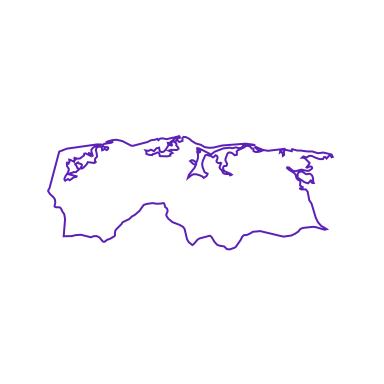 the Province of Ogooué-Maritime, rotated 121°
{"feature_id": "GAB-2624", "entity_name": "Ogooué-Maritime", "entity_type": "Province", "adm_level": 1, "iso_a3": "GAB", "parent_name": "Gabon", "parent_adm1": "", "projection": "albers", "projection_center": [9.53, -1.509], "detail": "fine", "context": "isolated", "style": "outline", "palette": "violet", "viewbox_px": 384, "rotation_deg": 121, "n_neighbors": 0, "source": "natural_earth", "source_scale": "10m", "svg_char_len": 6106}
<svg xmlns="http://www.w3.org/2000/svg" viewBox="0 0 384 384"><g transform="rotate(121 192 192)"><path d="M225.8,326.6L219.4,321.7L200.1,297.9L197.7,293.7L199.7,295.2L202.8,298.5L205.2,299.7L207.7,300.0L209.2,299.0L212.6,295.2L211.5,299.1L211.8,300.4L212.9,300.0L213.4,299.0L213.7,303.0L214.6,304.1L216.3,303.4L221.0,305.3L222.7,307.8L223.1,310.2L223.8,310.2L224.4,308.6L226.0,309.4L226.2,308.8L226.8,308.6L227.1,312.6L227.5,313.9L229.1,312.6L231.2,312.4L230.9,313.9L231.3,314.3L233.4,313.1L234.3,312.2L235.7,309.4L237.3,308.8L239.7,308.4L243.2,308.6L246.0,308.3L247.0,307.8L247.6,306.5L244.7,304.9L244.9,302.9L240.2,300.8L238.7,299.0L238.0,299.0L240.2,306.5L238.7,306.2L237.3,304.6L235.9,303.7L234.7,301.7L230.9,300.5L230.5,300.7L230.5,302.6L229.1,304.5L228.3,306.5L225.3,304.9L225.8,303.8L225.1,301.5L225.3,300.5L226.3,299.9L228.7,299.9L229.1,299.0L227.8,297.9L225.0,297.0L222.0,296.5L220.1,296.7L217.5,290.8L216.3,290.0L215.8,290.0L215.6,291.1L213.4,292.2L210.6,291.6L208.0,293.6L205.6,296.0L203.0,296.7L201.0,295.1L200.3,293.8L200.0,292.5L202.5,290.5L201.6,289.8L200.0,289.2L200.0,286.7L199.3,286.3L198.4,286.1L197.2,286.6L197.0,287.3L198.4,289.9L198.7,291.5L197.7,292.9L196.0,292.1L191.5,286.7L189.6,285.4L194.0,291.5L191.5,289.8L188.6,287.0L186.2,283.8L184.2,277.9L183.6,268.0L182.8,266.4L172.0,255.8L169.1,254.1L165.8,250.2L164.2,249.0L164.9,247.5L162.6,246.8L161.2,244.9L159.7,240.8L155.2,236.3L154.5,235.2L152.9,234.1L151.9,232.6L150.7,232.0L151.0,231.0L151.8,230.3L152.2,230.7L153.1,232.7L155.0,234.2L157.5,235.0L159.7,234.8L158.9,235.6L160.3,236.2L161.1,235.6L162.0,233.3L162.6,233.3L163.4,235.6L162.3,236.1L162.1,236.6L162.0,237.4L162.3,238.0L163.6,236.7L163.4,236.3L169.0,236.3L172.0,237.0L173.6,238.8L173.3,241.1L170.9,243.0L172.9,245.0L176.5,245.6L176.9,249.0L179.1,250.4L180.3,253.2L180.9,251.8L182.8,250.8L182.5,248.9L181.8,246.7L180.9,245.2L179.9,245.3L178.7,243.9L176.0,242.0L175.4,240.8L176.7,238.9L177.7,238.2L177.5,237.4L174.0,231.3L172.0,229.3L170.9,230.3L168.6,228.8L168.2,230.9L168.6,233.3L166.6,231.6L163.8,226.6L161.9,225.8L161.2,226.5L160.1,229.6L159.0,229.9L158.4,230.8L158.2,233.3L156.6,232.0L154.5,231.7L155.7,229.6L155.5,228.4L153.0,226.5L150.6,228.1L149.0,227.5L148.1,225.4L147.8,222.1L148.4,218.1L148.4,213.6L147.0,208.7L147.0,204.2L145.1,199.7L142.7,196.3L136.6,190.1L123.0,171.0L119.9,164.0L119.4,161.8L120.8,164.7L121.9,167.9L123.3,169.8L125.4,172.2L127.1,172.0L128.8,172.7L130.1,174.0L131.2,177.4L133.8,180.1L134.4,182.2L138.5,187.6L145.9,193.4L150.0,194.9L151.0,208.4L151.7,210.1L153.0,209.5L153.3,208.4L152.3,206.9L152.6,206.1L153.6,205.7L154.4,206.1L155.2,208.0L156.8,206.1L159.4,204.6L162.3,203.7L164.9,203.5L164.3,205.2L164.2,207.0L164.8,208.6L166.4,209.5L167.2,205.8L167.1,204.0L166.4,202.7L169.8,202.3L178.8,203.5L182.1,202.7L177.6,201.0L175.9,199.7L174.6,197.5L173.6,193.5L173.4,191.1L173.9,189.3L170.9,187.8L169.0,187.8L168.2,188.1L168.6,190.4L168.5,191.5L164.9,196.1L162.4,197.9L159.5,198.8L153.8,199.5L153.0,199.0L152.4,198.2L152.2,196.5L151.5,194.9L151.5,191.9L151.0,191.4L148.4,190.8L148.2,189.1L149.1,187.9L150.7,187.3L152.6,187.1L153.5,186.4L153.7,185.0L153.3,183.4L152.2,182.6L152.2,181.9L156.7,181.1L157.5,180.0L158.0,177.9L159.8,174.8L159.4,172.9L157.4,169.1L158.1,167.9L157.7,167.5L156.7,166.9L156.6,169.0L157.4,174.7L157.1,175.9L156.3,177.0L155.2,177.8L154.1,178.1L153.1,177.8L152.2,176.3L151.5,175.9L149.7,176.5L147.7,179.6L146.6,180.3L141.4,181.3L139.6,181.1L138.4,179.6L138.0,177.3L138.5,174.3L137.1,172.8L134.9,173.9L134.2,174.6L132.8,174.3L127.4,170.6L124.4,169.2L123.5,167.4L123.2,165.2L124.0,163.2L123.2,161.8L125.3,160.2L124.8,157.7L122.9,155.1L120.9,153.5L122.2,156.8L121.2,160.7L120.5,160.6L119.4,152.8L117.5,148.0L106.7,134.1L109.5,136.8L111.1,137.6L112.7,137.0L111.2,136.4L112.7,133.7L114.2,132.7L112.9,132.1L109.7,134.3L107.8,133.8L105.6,127.5L104.5,128.2L103.7,128.2L102.2,123.0L100.5,120.2L97.7,113.7L95.3,109.7L93.9,104.0L90.5,99.7L88.0,91.7L89.4,89.4L90.3,90.2L89.3,92.3L90.5,93.2L94.0,93.9L93.4,95.6L94.0,96.8L96.3,96.7L98.0,99.4L98.9,103.1L99.4,107.7L100.0,109.3L101.1,110.5L102.6,111.0L103.4,111.8L104.2,114.9L106.0,115.4L105.0,113.6L105.1,111.8L106.6,106.1L108.0,106.0L111.8,106.5L111.8,105.8L109.7,104.4L108.9,103.3L108.9,102.0L109.7,101.3L110.8,101.4L113.4,102.6L114.5,104.1L115.3,106.0L116.5,109.8L120.4,113.5L121.7,115.4L121.7,117.6L121.0,121.5L121.7,123.0L122.4,123.0L122.9,121.0L123.1,114.3L123.7,112.3L126.3,109.5L126.9,107.7L126.8,105.1L128.2,103.9L130.6,102.9L130.9,101.7L130.8,99.6L132.1,99.1L133.6,102.0L133.4,99.5L131.2,95.9L132.1,93.1L138.6,87.3L140.5,83.4L150.3,72.7L153.0,68.5L154.5,64.0L154.5,57.4L156.0,58.8L158.4,67.9L159.4,70.1L165.0,77.6L166.6,79.2L168.0,80.1L171.1,80.5L174.8,82.2L178.3,84.6L183.2,90.7L190.4,113.4L194.8,119.4L197.1,120.5L200.0,122.4L201.2,123.5L201.7,124.7L202.7,125.5L204.8,125.9L207.7,125.6L216.6,126.2L217.9,126.9L221.7,130.0L223.0,132.7L222.1,136.4L224.0,141.3L224.2,143.5L223.2,146.9L220.4,152.2L220.3,154.2L227.9,161.6L228.9,162.2L230.4,162.8L235.5,163.6L237.3,164.4L236.7,168.8L235.1,171.9L227.5,179.3L226.5,181.7L226.6,185.9L227.9,193.1L227.1,198.4L226.2,200.6L225.3,202.0L224.3,202.5L221.1,203.0L220.1,203.7L219.0,205.0L218.7,207.2L216.1,210.0L216.3,210.9L217.8,212.6L220.0,215.7L221.9,220.2L225.5,224.6L227.5,226.4L228.5,226.8L235.3,227.3L240.7,229.1L244.2,231.0L247.6,231.9L253.6,235.9L255.8,235.9L263.4,237.8L264.6,237.8L266.8,237.0L268.8,235.7L269.8,235.7L274.4,238.2L276.6,240.1L278.8,240.9L280.0,241.6L280.3,242.7L280.1,243.8L278.8,247.3L278.6,248.5L279.0,251.3L280.5,253.5L282.9,255.4L285.8,265.0L288.7,269.3L291.7,272.3L296.0,279.2L280.5,286.9L276.8,290.1L275.6,292.8L273.6,295.9L273.3,297.1L273.6,298.1L275.1,300.6L275.3,302.2L274.5,302.7L272.0,303.5L270.1,304.7L268.9,305.8L267.8,308.2L266.9,312.7L265.4,315.7L264.4,316.1L262.2,316.1L225.8,326.6ZM120.8,96.1L124.8,97.0L125.7,100.7L125.3,105.3L125.4,108.8L121.9,110.8L120.4,110.7L118.7,109.5L117.7,108.1L118.0,103.6L117.5,102.6L116.0,101.0L115.6,99.8L115.9,97.8L117.1,96.1L118.3,95.0L120.7,93.5L121.6,92.3L122.2,93.4L122.3,94.3L121.8,95.0L120.8,95.3L120.8,96.1Z" fill="none" stroke="#5b21b6" stroke-width="2"/></g></svg>